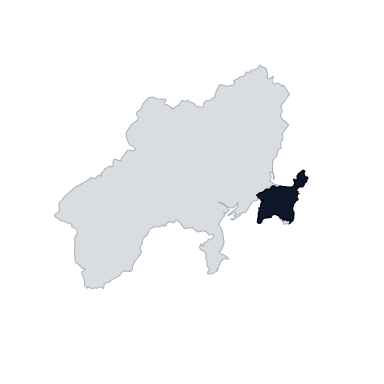 where Crimea sits in Ukraine, rotated 311°
{"feature_id": "UKR-283", "entity_name": "Crimea", "entity_type": "Autonomous Republic", "adm_level": 1, "iso_a3": "UKR", "parent_name": "Ukraine", "parent_adm1": "", "projection": "albers", "projection_center": [34.531, 45.3], "detail": "fine", "context": "in_parent", "style": "filled", "palette": "ink", "viewbox_px": 384, "rotation_deg": 311, "n_neighbors": 0, "source": "natural_earth", "source_scale": "10m", "svg_char_len": 8257}
<svg xmlns="http://www.w3.org/2000/svg" viewBox="0 0 384 384"><g transform="rotate(311 192 192)"><path d="M254.6,255.3L258.6,261.3L261.9,264.4L263.6,264.5L268.2,262.3L271.2,263.0L273.8,261.0L280.6,262.2L278.6,266.1L277.8,270.1L269.0,271.7L265.7,269.5L262.3,269.6L260.4,272.5L256.9,274.5L255.8,276.7L249.5,276.6L245.4,278.7L242.2,283.1L238.6,285.8L235.8,286.6L231.5,285.5L228.0,282.6L230.9,274.2L230.0,269.6L227.3,267.4L223.8,267.2L219.4,263.5L214.2,263.8L212.5,262.0L223.3,254.0L225.6,253.6L232.0,249.4L230.9,245.8L228.2,246.7L224.5,243.8L212.4,245.8L205.2,241.3L201.9,240.7L201.1,239.7L204.6,238.8L204.9,237.3L200.1,236.1L197.6,234.1L210.8,236.4L214.4,233.1L210.7,234.2L207.0,233.4L205.7,232.2L204.2,228.8L204.2,224.1L202.7,219.9L201.5,218.5L203.7,225.4L202.9,232.0L197.3,231.4L197.9,228.8L195.2,232.2L190.8,232.1L185.1,233.6L182.5,240.3L174.8,249.5L168.0,252.3L165.8,251.6L164.8,252.3L164.2,255.2L165.2,256.7L165.9,261.5L165.4,263.4L163.3,260.6L160.6,259.3L157.6,259.5L151.9,261.8L150.0,261.2L150.1,262.6L149.6,263.0L144.5,261.2L142.3,259.8L140.8,257.2L142.5,256.1L145.7,255.9L145.8,252.4L150.1,248.3L150.4,246.2L154.0,243.8L155.2,240.9L154.3,236.4L154.9,234.1L158.7,232.8L158.8,236.3L159.6,236.0L160.6,234.3L165.6,236.2L167.1,235.1L169.2,237.6L173.1,237.2L174.1,236.1L170.8,233.2L171.4,228.8L170.5,226.2L165.7,222.7L164.9,218.8L165.6,215.4L163.2,213.9L159.4,209.8L161.1,203.1L161.0,200.5L160.0,198.5L156.8,198.5L154.7,194.4L150.9,193.4L149.7,194.7L149.2,193.3L147.8,193.3L148.1,191.7L147.2,191.0L144.0,190.3L143.4,188.7L140.1,186.2L136.0,184.3L133.5,185.6L132.5,185.1L130.7,186.4L124.7,185.5L120.8,188.1L115.7,189.0L115.0,191.1L112.9,193.7L101.6,194.5L96.6,196.0L94.9,197.7L92.0,198.0L87.6,192.3L86.1,191.8L81.1,192.1L73.3,189.0L69.2,188.5L65.3,185.6L63.6,187.3L60.6,188.3L60.6,186.3L59.5,184.2L56.6,183.2L55.9,181.4L53.4,179.8L52.4,176.0L50.5,175.8L51.3,171.9L54.1,169.5L59.3,161.0L63.8,162.5L64.1,161.5L62.2,159.1L63.0,156.2L62.6,150.3L63.7,148.8L69.8,142.7L81.6,132.9L85.6,132.6L87.8,130.0L88.1,128.0L86.9,123.8L89.0,122.6L88.9,122.0L87.5,120.2L86.2,115.5L83.9,110.8L84.3,108.9L83.6,105.8L84.0,103.7L86.8,103.4L89.0,104.9L91.8,103.4L95.9,99.1L106.4,98.9L119.0,100.7L131.2,105.3L136.7,106.3L138.6,110.1L143.2,110.4L144.4,111.2L144.4,113.5L147.0,111.0L149.2,111.9L151.8,111.0L157.9,113.0L158.5,115.1L159.7,115.7L161.6,113.4L165.5,111.5L168.8,117.6L171.9,116.5L181.1,116.0L183.2,118.0L183.5,119.8L186.6,121.4L188.0,119.3L186.8,113.5L187.6,111.4L190.4,106.6L193.9,103.2L202.7,102.1L210.8,103.7L213.2,102.3L214.5,98.6L215.6,97.8L221.0,99.2L226.1,97.2L234.7,97.2L237.4,99.5L240.2,105.9L244.4,110.6L244.1,112.2L240.3,113.0L240.2,113.8L241.5,116.0L241.9,120.5L242.6,121.1L241.6,123.1L245.8,123.5L249.1,125.1L254.4,124.3L255.9,127.7L258.2,128.1L258.2,130.3L260.2,135.5L259.5,138.3L259.8,140.0L262.6,144.0L263.9,144.6L267.1,142.3L270.6,143.0L273.6,145.9L276.5,145.9L278.4,147.5L280.5,145.5L290.5,142.3L293.1,145.1L293.5,146.9L295.1,149.3L300.6,153.6L302.1,153.1L302.5,151.0L303.7,150.3L306.8,152.3L309.8,152.4L314.1,155.2L318.0,154.3L320.2,156.8L322.7,157.0L327.8,160.4L332.4,160.0L332.3,163.5L333.5,164.9L333.4,167.7L330.3,172.4L327.2,173.9L328.4,176.1L332.2,177.3L332.5,178.0L329.2,178.6L327.9,180.3L327.2,183.9L330.3,184.8L331.4,189.1L330.8,190.5L332.6,191.2L329.8,201.5L315.2,202.6L312.5,206.8L308.2,208.3L306.9,209.6L305.8,215.3L307.1,216.3L305.9,218.8L306.2,220.8L295.4,221.7L292.2,225.5L287.4,226.7L283.4,230.6L281.7,229.5L279.5,229.6L275.0,232.2L270.9,232.1L267.6,233.1L260.7,239.0L257.5,244.1L254.4,245.6L258.8,241.5L258.9,239.3L257.9,237.6L255.2,241.8L251.7,243.7L251.8,248.5L254.6,255.3ZM207.1,243.9L197.5,241.1L196.7,238.4L198.7,240.8L207.1,243.9Z" fill="#d9dde1" stroke="#a8b0b8" stroke-width="1"/><path d="M231.5,245.1L232.0,244.6L232.2,244.0L232.0,243.1L232.2,242.9L232.9,243.5L233.6,243.5L234.4,243.3L235.1,243.5L235.9,243.9L236.7,244.5L237.5,245.1L238.0,245.4L238.7,245.7L239.4,245.9L240.3,246.0L240.9,245.8L241.5,245.9L242.1,246.2L242.6,246.5L243.1,246.5L243.6,246.9L243.9,247.5L244.1,248.0L244.4,248.5L244.8,248.9L245.3,249.3L246.0,249.4L246.2,248.9L246.4,248.6L247.0,248.8L247.5,248.7L248.2,248.6L249.0,248.8L249.8,249.3L250.3,249.8L250.6,250.6L250.6,251.3L250.6,252.3L250.7,252.9L251.0,253.3L252.1,253.6L252.8,254.2L253.4,254.8L253.8,254.9L254.2,254.6L255.0,256.0L259.8,263.1L262.3,264.9L263.0,264.9L265.9,264.0L266.3,263.8L266.7,263.3L266.8,263.1L266.8,262.8L266.9,262.7L267.1,262.6L267.5,262.2L267.6,261.6L267.7,261.2L267.9,260.8L268.2,260.6L268.6,260.7L268.6,260.9L268.5,261.3L268.4,261.7L268.6,262.0L268.8,262.2L270.1,263.0L270.8,263.2L271.4,263.0L271.9,262.4L272.1,261.7L272.6,261.3L273.0,260.9L273.3,260.8L275.2,260.7L275.5,260.6L275.7,260.4L276.0,260.4L276.1,260.7L276.0,261.2L276.4,261.0L276.5,260.9L277.0,260.9L277.5,261.2L277.9,261.3L278.9,261.0L279.2,261.1L279.6,261.6L279.9,261.9L280.2,261.8L280.5,261.5L280.8,261.4L281.0,261.6L281.3,261.8L281.6,262.7L281.7,263.2L281.6,263.5L281.1,263.6L280.9,263.6L280.7,263.6L280.2,263.3L279.8,263.3L279.5,263.4L279.2,263.6L279.2,264.1L279.2,264.3L279.3,264.4L279.4,264.5L279.1,264.8L278.8,264.8L278.6,264.9L278.4,265.2L278.2,265.7L278.1,266.2L278.0,267.6L278.0,268.1L278.1,268.6L278.6,269.1L278.8,269.5L278.8,269.8L278.6,270.1L277.4,270.5L275.9,270.6L275.7,270.7L275.5,270.8L275.4,270.9L275.4,271.4L275.3,271.5L275.0,271.6L273.5,271.3L272.5,270.7L272.5,270.9L272.0,270.6L271.6,271.0L271.3,271.6L271.1,271.9L269.8,271.8L268.6,272.1L268.3,271.9L268.1,271.4L268.0,271.1L267.5,270.5L267.3,270.3L266.2,269.6L265.0,269.2L264.2,269.1L263.5,269.1L262.8,269.2L262.2,269.5L261.3,270.3L261.2,270.5L261.1,270.8L261.0,271.1L261.1,271.4L261.2,271.5L261.7,271.7L261.7,271.9L261.4,272.0L260.9,271.9L260.6,272.0L260.4,272.3L260.4,272.6L260.5,273.3L259.7,272.7L259.6,272.8L259.4,273.0L258.9,272.8L258.6,273.0L258.3,273.8L258.0,274.0L257.2,274.2L256.9,274.4L256.5,275.1L256.2,276.2L255.7,276.9L255.0,276.8L254.8,276.6L254.6,276.2L254.4,276.0L254.1,275.8L253.5,275.8L253.4,275.8L253.2,275.9L253.0,276.1L252.9,276.2L252.8,276.3L252.5,276.4L251.9,276.2L251.7,276.4L251.4,276.5L250.2,276.3L249.6,276.6L248.4,277.4L247.8,277.7L246.4,277.9L245.9,278.2L245.5,278.6L245.4,278.6L244.7,279.5L244.4,279.8L243.8,280.8L243.2,282.6L243.0,282.9L242.9,282.9L242.5,282.9L242.2,282.9L241.9,283.0L241.5,283.8L241.3,284.0L240.5,284.1L240.3,284.4L240.1,284.8L239.9,285.2L239.7,285.3L239.1,285.7L238.9,285.8L238.5,285.9L236.6,286.7L236.3,286.8L235.9,286.7L234.8,286.3L234.6,286.3L234.3,286.4L234.1,286.4L232.9,286.4L232.7,286.3L233.4,286.2L233.4,285.9L233.7,285.7L234.8,285.6L234.7,285.0L234.1,283.3L233.6,283.2L233.5,282.6L232.8,282.6L232.5,282.0L233.1,281.0L232.5,279.9L231.0,280.0L230.8,278.6L232.1,277.8L231.9,276.9L230.9,276.3L230.3,276.3L230.2,275.5L230.6,275.3L230.8,275.0L230.9,274.6L231.0,274.1L231.0,273.6L230.8,272.7L230.8,272.3L230.7,272.1L230.5,271.5L230.4,271.3L230.3,270.7L230.1,269.7L229.7,269.1L228.5,268.4L227.6,267.5L227.3,267.4L226.6,267.5L226.0,267.7L225.4,268.1L225.0,268.2L224.8,267.9L224.7,267.6L224.3,267.4L223.6,267.2L223.3,266.9L222.8,266.2L222.3,265.9L222.2,265.7L222.0,265.4L221.9,265.2L221.6,265.1L221.4,265.0L220.3,264.0L219.7,263.6L219.1,263.3L216.6,263.1L216.2,263.1L215.9,263.3L215.3,263.9L215.1,264.1L213.9,264.0L213.5,263.9L212.9,263.6L212.6,263.5L212.1,262.2L212.1,261.9L212.3,261.2L212.8,260.7L214.9,259.2L215.2,259.2L215.6,259.1L215.9,259.0L216.2,258.9L216.4,258.7L216.6,258.5L216.7,258.4L216.8,258.3L217.0,258.2L217.5,258.4L218.0,258.3L218.0,258.1L217.9,257.9L217.9,257.7L218.0,257.5L218.0,257.4L218.1,257.2L218.7,256.7L219.8,256.0L223.6,254.3L223.8,254.1L223.9,253.8L223.7,253.7L223.6,253.3L223.7,253.1L223.9,253.2L224.2,253.6L224.7,254.0L225.3,253.9L226.6,253.2L227.2,252.9L227.3,252.8L227.8,252.2L228.0,252.1L228.7,251.7L229.0,251.6L229.4,251.8L229.6,251.9L229.8,251.9L230.2,251.7L230.6,251.2L230.9,251.0L231.1,251.0L231.3,250.9L231.4,251.0L231.6,251.1L231.8,251.2L231.8,251.3L231.9,251.5L232.1,251.5L232.5,251.4L232.5,251.2L232.5,250.6L232.5,250.2L232.8,250.3L233.0,250.1L233.6,250.0L233.9,249.8L233.6,249.5L233.3,249.4L232.3,249.1L231.9,249.1L231.7,249.2L231.6,249.4L231.3,249.3L231.6,248.9L231.7,248.6L231.5,248.4L231.5,248.2L231.7,247.8L231.7,247.6L231.5,246.8L231.5,246.5L231.6,246.2L231.8,246.0L231.7,245.6L231.5,245.1Z" fill="#0f172a" stroke="#020617" stroke-width="1.5"/></g></svg>